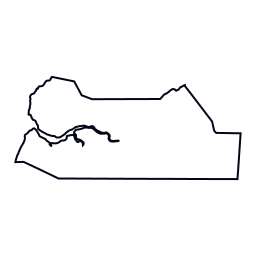 outline of Mbini, Litoral, Equatorial Guinea
{"feature_id": "11065452B69337055746076", "entity_name": "Mbini", "entity_type": "district", "adm_level": 2, "iso_a3": "GNQ", "parent_name": "Equatorial Guinea", "parent_adm1": "Litoral", "projection": "mercator", "projection_center": [9.733, 1.591], "detail": "fine", "context": "isolated", "style": "outline", "palette": "ink", "viewbox_px": 256, "rotation_deg": 0, "n_neighbors": 0, "source": "geoboundaries", "source_scale": "gbopen_adm2", "svg_char_len": 4650}
<svg xmlns="http://www.w3.org/2000/svg" viewBox="0 0 256 256"><path d="M240.6,133.3L216.2,132.9L214.2,130.8L212.1,121.5L192.8,96.2L184.9,86.0L184.9,85.1L184.3,85.3L182.5,86.2L182.4,86.2L182.3,86.3L181.7,86.9L180.9,87.0L180.7,87.0L180.4,87.2L179.3,88.6L178.2,89.9L177.2,90.1L176.3,90.7L175.7,90.5L175.3,89.8L175.2,89.7L174.9,89.5L173.2,89.0L172.9,89.0L172.7,89.0L171.1,89.9L170.9,90.0L169.0,91.6L167.3,93.0L165.7,93.8L164.9,94.2L164.3,94.5L164.2,94.5L160.2,99.0L92.1,99.2L81.7,95.3L74.2,81.4L51.9,76.9L51.8,77.0L50.9,78.4L50.4,79.4L50.1,79.9L49.7,80.3L49.0,80.5L48.5,80.6L47.7,80.6L47.0,80.7L45.9,81.3L45.5,81.9L44.9,82.7L44.5,83.4L44.2,84.2L43.4,85.1L42.7,85.6L42.4,86.0L41.3,86.2L40.3,86.3L39.5,86.3L39.0,86.5L38.4,87.3L38.1,87.9L38.0,88.4L37.8,88.7L37.3,88.5L36.9,88.5L36.6,88.9L36.3,89.6L36.1,90.5L35.4,91.4L34.8,92.1L34.4,92.9L34.1,93.3L33.5,93.6L32.8,93.8L31.9,94.1L30.9,95.0L30.4,95.9L30.0,96.7L30.1,97.5L30.3,98.2L30.5,99.1L30.3,99.8L30.1,100.5L30.2,101.7L30.4,103.0L30.3,103.7L30.3,104.5L30.1,105.4L29.8,106.6L29.9,107.7L29.4,109.1L29.0,109.8L28.8,110.4L28.8,111.5L28.8,112.3L28.6,113.2L28.5,113.9L28.6,114.5L29.2,114.8L29.8,114.7L30.4,114.8L30.7,115.2L31.0,115.8L31.4,116.9L31.7,117.7L31.9,118.2L32.2,118.6L32.6,119.3L32.8,119.7L33.5,119.8L34.3,120.2L35.4,120.9L36.0,121.8L36.1,122.3L36.7,123.7L37.2,124.6L37.7,125.3L38.0,126.1L38.1,127.2L38.0,128.1L38.1,128.5L38.9,129.5L39.8,130.2L41.3,131.2L42.2,131.6L43.1,132.3L45.0,133.2L47.2,134.5L48.5,134.8L49.8,135.3L51.3,135.7L52.5,136.1L53.3,136.0L54.4,136.0L55.6,136.9L56.8,137.5L58.5,137.5L59.8,137.3L61.1,136.7L62.6,135.6L63.9,134.8L64.9,134.1L65.6,133.1L66.9,132.2L68.0,131.2L70.2,130.0L71.6,129.7L72.7,129.1L73.9,128.4L74.7,127.7L75.7,127.0L76.6,126.9L77.4,126.7L78.5,126.4L79.9,126.1L81.6,126.0L82.3,125.8L83.4,125.7L84.1,125.7L85.3,125.9L86.8,126.5L87.5,126.8L88.5,127.1L89.3,127.0L90.1,126.6L91.1,126.3L92.0,126.1L92.7,126.2L93.2,126.5L93.7,126.9L94.4,127.8L94.8,128.7L95.3,129.3L96.1,129.7L96.8,130.3L98.1,130.9L98.7,131.2L99.6,131.6L100.6,132.2L101.4,132.5L102.5,132.8L103.5,132.9L104.5,132.9L105.3,132.6L105.7,132.5L106.3,132.4L107.1,132.9L107.8,133.3L108.3,133.8L109.0,134.4L109.5,135.0L109.7,135.8L109.7,136.3L109.6,136.9L109.3,137.7L109.4,138.3L109.8,139.4L110.2,140.1L111.0,140.6L111.4,140.7L112.2,140.9L113.4,141.0L114.6,140.9L115.6,140.8L116.7,140.7L117.5,140.6L118.3,140.6L118.5,140.7L118.6,140.8L118.5,141.0L118.1,141.2L117.7,141.2L117.2,141.0L116.6,141.2L115.3,141.4L114.0,141.5L113.1,141.5L112.1,141.5L111.1,141.4L110.1,141.0L109.3,140.2L108.8,139.3L108.6,138.9L108.6,138.4L108.7,137.9L108.8,137.3L108.9,136.4L108.8,135.5L108.4,134.9L107.9,134.2L107.4,133.7L106.8,133.3L106.1,133.2L105.1,133.6L104.2,133.7L102.7,133.7L100.6,133.7L99.8,133.6L98.7,133.0L97.7,132.5L96.9,132.0L96.4,131.7L95.6,130.7L94.4,129.8L93.0,128.6L91.2,127.7L90.3,127.8L89.1,127.9L87.9,127.8L87.3,127.6L86.3,127.4L85.5,127.6L85.0,127.7L84.3,127.5L82.9,128.3L81.7,128.6L79.9,129.2L78.6,129.4L77.4,129.6L76.4,129.6L75.7,130.2L74.9,131.1L74.0,132.2L74.2,133.2L75.0,133.9L75.7,134.6L76.0,135.2L75.9,136.5L75.9,137.5L76.4,138.3L77.1,138.8L77.9,139.4L79.3,139.5L80.5,140.1L81.6,140.8L82.9,142.0L83.5,142.3L83.7,143.2L83.6,143.9L83.4,144.7L82.9,145.2L82.8,144.0L82.8,143.2L82.3,142.4L81.9,142.1L80.9,140.9L80.3,141.0L79.6,141.0L79.0,141.4L78.5,141.9L77.6,142.0L77.1,141.7L76.6,141.0L75.6,139.8L75.0,138.8L74.7,137.6L74.4,136.8L74.0,135.7L73.6,135.1L73.3,134.9L72.6,134.9L71.3,135.1L70.7,135.2L69.8,135.3L68.6,135.7L67.7,135.8L67.1,135.9L66.8,136.6L66.7,137.7L66.7,138.2L66.4,138.7L65.9,139.4L64.9,140.2L64.1,140.4L63.0,140.5L62.1,140.5L61.1,140.7L60.4,141.2L59.8,141.8L58.6,142.5L58.2,142.7L57.6,143.0L56.8,143.2L55.5,143.4L54.0,143.3L53.1,143.2L52.5,143.1L51.8,143.2L51.2,143.3L50.8,143.8L50.6,144.0L50.6,144.3L50.9,144.6L51.3,145.2L51.3,145.6L51.1,145.9L50.9,145.8L50.3,145.3L50.0,145.0L49.7,144.6L49.6,144.1L50.0,143.5L50.1,143.0L48.8,142.2L47.6,141.3L46.4,140.4L45.7,139.5L45.1,138.8L44.5,138.6L43.3,138.1L42.1,137.5L41.0,136.9L39.7,136.2L39.2,135.4L38.8,134.2L38.0,133.1L37.4,131.9L37.0,131.1L36.4,130.4L35.7,129.5L34.7,128.6L33.9,128.3L32.8,128.8L31.9,129.8L31.0,130.4L30.4,130.4L30.1,130.4L29.2,131.1L28.5,132.0L28.0,132.6L26.9,133.7L25.3,134.6L24.9,135.1L24.8,136.0L24.8,136.7L24.9,138.1L24.8,139.1L24.5,140.5L24.1,141.2L23.8,142.1L23.5,142.9L23.0,143.5L22.2,145.1L21.5,146.1L20.6,147.8L20.1,149.0L19.3,150.8L18.6,152.3L18.2,153.8L17.5,154.9L17.0,156.1L16.6,157.7L16.1,158.9L15.9,159.8L15.7,160.7L15.4,162.1L23.6,161.9L32.4,166.0L58.5,178.5L131.9,178.8L132.8,178.8L173.3,178.9L173.5,178.9L192.8,179.0L237.5,179.1L238.4,166.0L239.4,151.3L240.6,133.3Z" fill="none" stroke="#020617" stroke-width="2"/></svg>